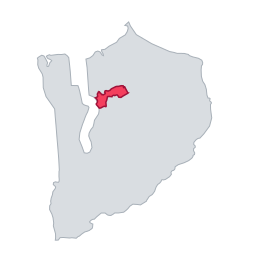 Kaffrine, Kaffrine, Senegal shown in context, rotated 85°
{"feature_id": "50182788B43046627101076", "entity_name": "Kaffrine", "entity_type": "district", "adm_level": 2, "iso_a3": "SEN", "parent_name": "Senegal", "parent_adm1": "Kaffrine", "projection": "robinson", "projection_center": [-15.471, 14.163], "detail": "fine", "context": "in_parent", "style": "filled", "palette": "rose", "viewbox_px": 256, "rotation_deg": 85, "n_neighbors": 0, "source": "geoboundaries", "source_scale": "gbopen_adm2", "svg_char_len": 6328}
<svg xmlns="http://www.w3.org/2000/svg" viewBox="0 0 256 256"><g transform="rotate(85 128 128)"><path d="M202.5,116.0L205.7,122.3L205.0,125.3L204.3,129.8L206.1,133.0L208.3,135.1L209.8,137.0L211.5,139.6L211.8,144.9L211.5,148.7L212.6,150.4L213.6,152.6L213.4,154.4L212.8,156.0L210.7,158.2L210.4,162.1L213.7,166.9L215.9,169.5L215.9,171.0L216.5,172.6L218.1,174.5L219.0,174.1L220.1,172.5L220.6,171.4L223.5,171.9L224.8,172.4L226.7,175.5L227.3,177.6L227.8,180.2L229.7,183.5L231.4,185.8L231.8,187.2L233.3,189.2L232.4,193.5L232.5,195.7L231.5,201.5L231.3,204.2L231.3,205.2L233.6,207.3L233.4,210.2L231.1,209.7L227.1,209.4L219.0,210.9L216.2,210.3L211.0,210.5L207.2,211.3L202.4,213.2L198.7,212.8L196.7,211.3L194.1,211.4L191.1,210.6L187.9,209.1L185.0,208.4L181.9,205.7L180.4,205.2L179.4,205.9L178.5,206.8L177.6,207.4L175.9,206.9L175.3,205.1L175.8,203.3L176.0,202.0L175.2,201.3L173.3,201.0L170.2,201.0L165.2,200.5L164.1,200.1L153.0,199.7L141.4,199.6L131.7,199.6L119.3,199.5L110.7,199.5L102.6,199.4L96.3,203.0L89.6,206.9L80.5,208.9L70.0,208.2L66.7,208.7L63.2,210.4L60.7,211.7L57.1,212.4L52.4,211.8L50.5,212.2L49.3,210.4L48.0,207.6L48.9,205.5L51.7,204.1L56.0,202.4L58.2,203.3L59.5,203.3L59.8,202.2L59.3,201.6L56.1,200.1L54.4,198.1L53.1,199.2L51.9,201.7L50.9,202.4L49.4,203.1L48.6,201.5L48.2,199.8L48.9,198.6L48.6,191.5L49.0,187.7L48.8,184.4L50.8,182.2L52.7,180.9L60.2,180.7L67.1,180.6L73.8,180.7L80.7,180.8L81.4,174.2L83.5,173.6L86.7,173.0L92.8,172.2L99.5,171.4L100.9,170.1L102.0,167.9L102.7,165.9L104.1,165.1L106.0,165.8L108.5,166.8L111.0,168.4L113.9,169.9L115.9,170.8L120.6,173.1L128.6,176.4L135.2,177.7L143.1,175.3L148.9,173.8L149.6,170.9L148.7,168.2L144.4,165.6L138.6,165.9L136.8,166.6L134.1,167.4L132.5,167.8L129.7,167.2L126.2,165.0L124.0,162.8L121.0,161.7L117.3,160.7L111.5,156.1L108.5,155.3L105.6,155.1L100.1,156.0L94.7,158.4L91.8,163.9L86.4,163.9L74.9,163.7L64.4,163.5L55.7,163.9L54.8,159.9L52.8,156.7L49.4,154.0L48.7,151.4L49.8,149.2L53.1,147.4L53.8,146.1L52.1,146.3L49.5,147.5L47.8,147.6L47.6,144.1L44.8,139.6L41.6,131.9L38.0,128.8L35.0,122.6L31.8,120.3L28.9,119.2L26.4,119.4L25.5,122.2L22.4,118.1L26.6,116.7L35.7,111.6L46.1,97.0L55.5,79.8L56.7,75.7L57.9,72.6L58.6,65.6L60.0,61.4L61.2,60.6L62.8,57.3L64.7,51.7L66.9,48.6L69.3,47.9L71.2,48.2L72.5,49.4L76.5,50.1L83.0,50.4L88.0,49.5L91.6,47.6L96.3,46.6L102.0,46.5L105.1,45.7L105.4,44.1L106.1,43.6L107.4,44.3L108.5,44.0L109.6,42.8L110.6,42.8L111.7,43.8L116.5,44.1L125.2,43.7L133.2,46.6L140.5,53.0L144.3,57.2L144.5,59.3L145.8,61.4L148.0,63.6L150.0,64.0L151.8,62.6L153.2,62.8L154.2,64.4L156.3,64.7L158.7,63.7L160.3,64.1L160.6,65.0L161.0,65.6L162.1,65.8L163.7,67.1L165.8,70.4L167.5,75.1L168.9,81.1L170.7,84.4L172.9,84.9L174.1,86.1L174.4,87.6L175.0,88.5L176.1,89.1L177.9,88.8L180.1,90.8L182.5,95.2L182.8,97.2L182.5,98.3L182.6,99.0L184.2,99.8L185.6,101.2L186.9,103.4L189.5,105.3L193.4,107.0L196.3,109.5L198.1,112.9L201.7,115.7L202.5,116.0Z" fill="#d9dde1" stroke="#a8b0b8" stroke-width="1"/><path d="M89.1,154.4L89.1,154.5L89.1,154.4L89.4,154.3L89.5,154.4L89.8,154.5L90.1,154.7L90.2,154.8L90.4,154.8L90.5,154.9L90.7,155.0L90.9,155.2L91.1,155.3L91.3,155.5L91.5,155.6L91.8,155.6L92.0,155.6L92.3,155.6L92.5,155.5L92.8,155.5L93.0,155.5L93.3,155.5L93.6,155.5L93.8,155.5L94.0,155.5L94.3,155.8L94.3,156.0L94.5,156.3L94.6,156.5L94.7,156.8L94.8,157.1L94.9,157.3L95.0,157.5L95.1,157.8L95.2,157.6L95.4,157.4L95.5,157.4L96.0,157.0L96.5,156.7L96.9,156.5L96.9,156.4L97.2,156.3L97.6,156.2L97.8,156.1L98.1,156.1L98.3,156.1L98.5,156.1L99.0,156.1L99.6,156.3L99.9,156.4L100.1,156.6L100.4,156.8L100.6,157.0L101.0,157.4L101.1,157.5L101.9,157.5L103.0,156.7L103.6,156.3L104.1,155.9L104.5,155.7L104.9,155.4L105.1,155.3L105.2,155.2L105.5,155.1L105.7,154.7L105.7,154.1L105.7,153.8L105.7,153.5L105.4,152.7L104.8,151.5L104.7,151.2L104.6,150.9L104.5,150.7L104.4,150.3L104.4,150.2L104.3,149.9L104.3,149.7L104.3,149.4L104.5,149.1L104.5,148.9L104.6,148.7L104.8,148.4L104.8,148.2L104.7,148.0L104.5,147.9L104.3,147.9L104.2,147.9L103.9,147.8L103.7,147.8L103.4,147.8L103.2,147.8L102.9,147.8L102.4,147.8L102.2,147.8L101.8,147.8L101.7,147.8L101.4,147.8L101.2,147.8L100.9,147.8L100.7,147.8L100.4,147.8L100.2,147.7L99.9,147.6L99.7,147.5L99.6,147.4L99.4,147.3L99.2,147.2L98.9,147.0L98.6,146.9L98.3,146.8L98.2,146.7L97.8,146.6L97.4,146.4L97.2,146.4L96.9,146.3L96.7,146.2L95.9,146.0L95.7,145.9L95.4,145.8L95.2,145.8L95.0,145.7L94.9,145.6L94.9,145.0L95.0,144.4L94.8,144.0L95.1,143.4L95.3,141.8L95.5,141.3L94.7,140.8L94.4,140.4L94.3,139.8L94.1,139.2L94.3,138.8L94.6,138.4L94.5,138.0L94.4,137.9L94.2,137.0L94.0,136.1L94.4,135.7L94.9,135.3L95.6,134.9L96.6,134.4L96.9,132.3L95.7,130.2L93.3,125.0L93.2,124.9L93.2,125.0L87.6,127.4L87.4,127.4L87.3,127.5L87.1,127.6L86.8,127.7L86.7,127.7L86.6,127.8L86.6,128.1L86.8,128.2L87.0,128.3L87.3,128.4L87.3,128.5L87.4,128.8L87.2,128.9L87.0,129.0L86.7,128.9L86.4,128.8L86.2,128.9L85.9,129.0L85.6,129.1L85.6,129.4L85.5,129.5L85.4,130.0L85.4,130.4L85.3,130.7L85.3,130.8L85.3,131.0L85.3,131.3L85.4,131.6L85.4,131.9L85.4,132.1L85.5,132.4L85.5,132.5L85.5,132.8L85.6,133.0L85.6,133.3L85.7,133.6L85.7,133.8L85.6,134.6L85.6,134.8L85.7,135.0L85.6,135.3L85.6,135.5L85.6,135.9L85.6,136.0L85.7,136.3L85.7,136.5L85.8,136.8L85.9,137.1L86.0,137.2L86.0,137.3L86.2,137.7L86.2,137.8L86.3,138.1L86.4,138.3L86.5,138.5L86.6,138.8L86.7,139.1L86.8,139.4L86.9,139.6L87.0,139.8L87.1,140.0L87.2,140.4L87.3,140.6L87.4,140.9L87.5,141.0L87.7,141.4L87.8,141.5L88.0,141.7L88.1,141.9L88.2,142.0L88.5,142.2L88.6,142.3L88.7,142.5L88.8,142.5L88.9,142.8L89.0,142.9L89.0,143.0L89.1,143.4L89.1,143.5L89.2,143.8L89.3,144.1L89.4,144.3L89.5,144.4L89.4,144.8L89.4,145.0L89.2,145.3L89.2,145.5L89.1,145.8L89.0,146.1L88.9,146.3L88.9,146.8L88.9,147.1L89.0,147.4L89.1,147.6L89.3,147.8L89.5,147.8L89.8,147.9L90.0,147.9L90.2,148.0L90.3,147.9L90.4,148.0L90.5,147.9L90.6,148.0L90.7,147.9L90.8,147.9L91.0,147.9L91.3,147.8L91.5,147.8L91.6,147.7L91.8,147.8L92.0,148.0L92.1,148.3L92.2,148.5L92.3,148.6L92.4,148.8L92.5,149.0L92.7,149.4L92.7,149.5L92.8,149.6L92.9,149.8L92.8,150.0L92.6,150.1L92.4,150.3L92.4,150.5L92.5,150.8L92.4,150.8L92.4,151.0L92.2,151.2L92.1,151.3L92.0,151.5L91.9,151.6L91.5,151.9L91.1,152.1L91.0,152.3L90.9,152.3L90.8,152.6L90.7,152.7L90.6,152.8L90.4,152.8L90.2,152.9L90.1,153.0L89.9,153.1L89.7,153.2L89.5,153.3L89.4,153.5L89.3,153.8L89.3,154.0L89.2,154.0L89.1,154.3L89.1,154.4Z" fill="#f43f5e" stroke="#9f1239" stroke-width="1.5"/></g></svg>